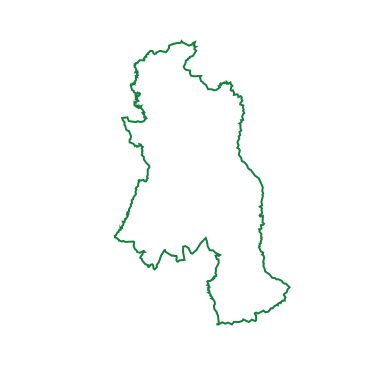 Hot, Chiang Mai, Thailand (Albers equal-area conic projection), rotated 61°
{"feature_id": "78962969B71895248722422", "entity_name": "Hot", "entity_type": "district", "adm_level": 2, "iso_a3": "THA", "parent_name": "Thailand", "parent_adm1": "Chiang Mai", "projection": "albers", "projection_center": [98.473, 18.094], "detail": "fine", "context": "isolated", "style": "outline", "palette": "green", "viewbox_px": 384, "rotation_deg": 61, "n_neighbors": 0, "source": "geoboundaries", "source_scale": "gbopen_adm2", "svg_char_len": 6037}
<svg xmlns="http://www.w3.org/2000/svg" viewBox="0 0 384 384"><g transform="rotate(61 192 192)"><path d="M322.7,152.9L317.7,154.3L316.8,155.7L315.5,156.4L313.1,156.6L310.3,158.7L309.3,160.6L307.7,161.0L306.0,163.4L301.7,164.1L297.0,166.5L292.9,165.4L291.8,165.7L289.1,163.7L288.2,164.0L284.4,160.7L282.4,160.3L280.8,161.0L280.7,160.0L279.6,159.2L277.4,160.5L272.8,160.2L272.4,159.2L271.7,159.3L270.7,157.9L269.9,157.8L270.1,156.7L268.2,155.5L267.1,153.9L265.9,154.0L265.6,153.2L264.2,153.0L262.2,151.6L259.4,152.3L258.2,151.2L257.2,151.4L257.7,148.9L254.4,147.8L255.2,145.8L254.8,144.4L252.8,145.1L247.4,141.6L246.6,144.2L245.4,144.3L244.8,143.3L245.1,141.9L244.1,140.6L241.7,140.1L240.2,138.7L237.8,139.8L237.7,137.2L234.3,136.1L229.8,131.9L228.5,131.7L227.7,130.3L225.2,130.1L222.2,127.8L212.5,126.9L208.2,129.0L201.3,129.9L200.1,130.8L197.7,131.5L195.6,130.8L191.1,132.0L189.0,133.4L186.1,132.4L182.1,133.0L178.6,129.9L176.8,130.0L175.3,131.0L173.8,128.6L171.3,128.4L170.0,127.6L168.2,124.7L166.0,124.2L165.7,122.4L162.5,121.3L162.1,119.1L160.4,119.0L156.3,116.9L155.1,117.4L155.2,116.3L154.4,114.3L153.0,114.2L153.7,112.3L150.4,111.6L148.6,109.5L148.3,108.0L145.9,108.0L145.0,106.8L143.0,106.6L141.1,105.2L138.8,107.4L137.6,106.5L136.6,103.7L134.4,103.6L133.5,102.6L131.8,102.9L131.4,105.4L129.6,104.7L128.3,105.3L127.4,108.3L125.9,107.2L122.9,106.9L122.6,108.3L121.6,108.8L119.2,106.9L118.7,105.2L117.0,105.8L114.8,105.3L114.9,107.9L112.6,108.5L113.8,109.3L112.0,110.5L112.4,111.2L111.7,111.6L111.9,112.9L110.9,114.1L111.2,115.0L112.3,114.6L112.7,115.1L112.4,117.2L114.0,116.9L114.5,121.5L113.6,123.6L111.9,124.7L109.8,128.1L105.0,127.8L102.6,129.3L101.1,129.3L99.3,130.3L95.8,129.5L94.9,127.9L92.0,133.7L89.8,136.5L87.3,136.3L84.9,134.8L82.4,137.8L80.8,138.6L78.5,138.6L76.4,135.4L74.0,133.6L74.2,131.4L73.4,130.9L73.6,129.2L72.8,128.4L73.5,125.3L70.5,119.9L68.0,120.6L66.8,119.3L66.8,118.1L65.0,119.6L62.3,116.7L62.1,118.4L63.0,121.1L62.5,123.7L56.8,127.5L55.0,128.0L55.9,129.0L55.9,130.3L54.4,133.1L53.4,136.8L52.9,141.1L55.0,142.4L57.2,147.0L53.1,151.4L52.7,155.5L53.4,156.2L53.2,157.8L52.2,158.4L49.7,158.1L48.4,159.9L49.2,162.8L50.0,163.3L49.5,163.7L50.2,165.8L51.3,166.3L50.8,166.6L51.2,168.0L51.9,169.3L52.3,169.0L53.7,170.2L51.4,173.6L51.9,176.1L52.7,177.0L52.1,178.6L52.8,179.2L52.3,179.6L52.5,180.3L53.7,180.5L53.7,181.1L54.8,181.6L56.2,181.2L58.6,181.5L59.7,183.3L60.2,181.6L60.9,182.2L61.2,181.7L61.8,182.1L61.9,182.9L63.5,182.8L63.3,184.6L64.7,184.5L64.0,185.3L66.9,186.7L67.3,187.9L68.2,188.3L68.2,189.2L69.1,189.3L68.6,190.9L69.4,190.7L68.6,191.7L69.2,192.0L69.1,192.7L68.3,193.4L68.7,193.7L73.6,195.0L75.2,193.9L76.3,194.4L79.2,193.0L78.7,191.3L79.8,191.1L80.1,190.0L80.8,189.8L81.9,191.0L82.2,192.9L81.0,193.3L80.1,194.5L82.1,195.3L82.0,194.3L82.7,194.3L83.9,194.9L84.0,195.7L84.5,194.9L86.2,194.7L85.9,197.1L86.7,197.9L85.5,198.8L88.4,200.3L89.4,198.7L90.2,199.4L91.2,198.8L90.5,198.7L90.5,197.9L91.8,197.7L91.0,196.7L92.1,196.7L92.3,194.9L93.3,196.5L93.9,195.7L99.2,195.1L98.8,197.0L99.8,197.0L100.8,196.1L103.3,197.5L103.5,196.3L105.5,196.1L105.5,197.8L106.6,199.1L106.6,200.7L105.6,203.5L103.9,204.9L103.6,207.4L99.3,212.9L95.4,212.3L93.4,217.2L95.4,217.7L98.5,217.2L100.4,218.5L101.6,218.2L105.3,219.3L106.8,218.9L107.9,217.6L113.6,218.2L115.8,220.1L115.8,221.0L118.3,222.5L121.5,219.8L124.1,219.7L124.0,219.0L124.9,218.0L125.6,218.2L126.3,216.4L125.7,215.0L124.7,214.8L125.9,213.7L127.3,214.1L128.8,213.2L129.5,214.9L132.1,215.3L132.6,216.3L134.3,216.7L135.2,218.0L138.2,217.2L140.1,218.3L144.4,217.9L148.4,216.6L149.7,217.3L151.0,219.9L155.9,222.6L156.9,224.0L158.6,224.1L159.1,225.8L160.0,226.0L160.4,227.3L159.5,228.4L158.0,228.6L157.1,231.3L156.0,232.4L156.2,233.3L157.4,233.3L158.2,234.8L160.7,236.2L161.0,238.5L161.7,239.6L162.6,239.3L164.5,241.4L166.7,242.0L168.1,245.5L169.7,247.0L169.9,248.7L172.6,249.9L173.0,251.4L174.7,252.2L176.6,255.5L178.6,256.6L178.3,258.2L179.3,259.1L180.4,258.3L180.9,259.0L180.7,259.9L181.9,259.9L183.5,262.7L183.1,263.5L185.4,265.5L184.5,266.9L186.3,267.1L187.6,268.5L188.0,269.9L189.6,270.6L189.1,271.1L189.8,271.9L188.7,272.0L190.4,272.9L190.0,274.4L191.4,275.7L191.1,276.8L192.8,279.1L192.8,280.7L194.4,281.4L195.3,280.4L198.6,279.1L199.0,279.4L201.3,277.3L201.6,275.6L203.3,274.6L206.9,267.3L207.7,266.9L210.6,269.1L214.2,269.6L215.7,268.8L218.1,269.0L219.8,267.1L220.1,262.8L221.6,262.4L221.0,264.1L222.5,265.6L223.8,268.6L224.8,269.2L226.0,268.3L228.0,268.7L232.3,267.9L235.4,265.3L236.0,266.6L236.6,266.1L235.6,263.2L235.9,261.8L237.6,261.6L240.2,262.7L241.6,262.2L240.6,259.0L238.8,258.3L237.1,254.7L232.8,250.1L229.5,244.3L229.7,243.7L231.3,244.2L238.1,240.5L238.3,239.3L239.7,238.1L240.3,236.7L241.4,236.8L244.1,238.7L245.4,238.8L246.1,238.2L245.7,236.0L247.7,231.5L239.9,228.8L235.5,226.2L236.1,224.0L239.3,222.2L245.0,222.6L246.1,221.5L244.8,216.0L240.9,209.1L238.9,202.3L242.1,202.8L247.2,204.6L251.6,204.7L253.2,201.9L256.5,201.0L260.7,198.0L260.9,199.6L259.4,200.8L259.1,202.3L262.7,202.8L264.0,201.5L267.1,203.2L270.7,208.5L272.8,209.4L274.4,210.9L276.1,210.8L277.2,211.7L276.6,213.4L277.4,214.9L278.1,214.3L278.7,216.1L278.2,216.5L278.7,218.9L277.5,221.3L277.7,222.1L280.6,222.3L280.9,223.6L281.9,222.7L282.9,222.6L283.6,222.9L283.5,223.6L284.0,223.3L284.5,225.0L285.6,224.9L285.7,225.4L286.9,224.8L288.4,225.4L288.2,226.2L289.1,225.6L291.2,225.6L291.5,226.2L293.3,225.5L294.7,225.6L294.6,226.4L296.3,225.5L298.9,225.4L301.1,226.2L301.9,227.9L305.1,229.2L309.3,228.6L310.1,229.2L312.4,229.1L319.4,232.0L320.0,233.4L319.7,234.9L320.7,233.1L320.6,228.7L323.2,226.9L323.8,223.7L327.2,221.3L325.9,218.2L328.5,214.0L329.1,210.4L328.3,208.9L333.3,205.4L332.6,201.6L335.6,199.2L335.2,198.1L331.3,195.9L328.9,196.1L328.4,195.4L328.7,194.2L330.3,193.3L330.4,186.9L332.7,186.2L333.7,183.3L332.0,179.2L332.9,177.9L331.8,175.5L331.8,172.8L332.7,171.8L331.4,171.1L331.3,169.1L332.2,168.3L331.4,167.6L330.9,165.5L332.0,163.5L330.8,163.1L329.4,161.3L326.6,161.7L325.8,160.4L325.7,157.9L323.5,155.6L322.7,152.9Z" fill="none" stroke="#15803d" stroke-width="2"/></g></svg>